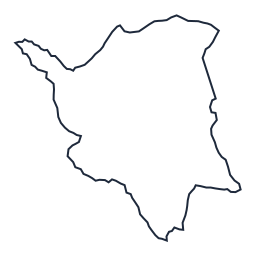 outline of Almirante Tamandaré, Paraná, Brazil
{"feature_id": "56859067B17668473483044", "entity_name": "Almirante Tamandaré", "entity_type": "district", "adm_level": 2, "iso_a3": "BRA", "parent_name": "Brazil", "parent_adm1": "Paraná", "projection": "equal_earth", "projection_center": [-49.335, -25.305], "detail": "fine", "context": "isolated", "style": "outline", "palette": "slate", "viewbox_px": 256, "rotation_deg": 0, "n_neighbors": 0, "source": "geoboundaries", "source_scale": "gbopen_adm2", "svg_char_len": 1866}
<svg xmlns="http://www.w3.org/2000/svg" viewBox="0 0 256 256"><path d="M218.8,30.7L214.5,27.5L211.0,24.8L207.5,23.5L203.4,22.7L198.2,21.2L188.1,20.9L181.0,17.4L176.6,15.4L171.2,17.4L166.7,20.1L162.1,20.7L158.2,20.9L154.4,21.3L149.5,24.2L142.8,28.8L138.9,31.4L129.8,32.5L124.5,31.3L120.0,25.4L117.1,26.6L112.2,31.9L107.9,38.4L104.6,43.3L103.0,46.7L100.2,50.1L95.2,54.2L91.7,58.4L87.9,61.9L84.7,64.8L79.9,66.5L75.2,67.7L73.2,70.7L70.2,69.2L66.8,68.9L63.8,66.0L60.3,61.5L55.2,56.0L51.3,56.0L47.2,49.9L44.2,50.3L40.9,48.8L38.6,45.9L34.1,44.4L31.7,41.5L28.6,41.5L24.7,39.4L22.3,41.9L18.8,41.8L15.4,42.9L21.8,49.2L22.9,53.4L26.7,54.2L29.9,58.9L31.6,64.9L35.1,66.7L37.8,69.6L41.4,70.6L46.8,72.3L46.2,77.9L50.6,81.2L53.6,83.8L54.0,89.4L53.7,94.8L53.6,99.6L57.3,108.0L58.3,117.0L60.9,122.9L64.9,127.6L69.1,131.2L73.4,132.9L76.7,135.0L80.9,136.0L78.9,142.0L75.5,143.9L72.5,145.4L68.5,149.2L67.6,156.2L73.2,162.1L75.3,167.2L80.8,169.2L83.5,173.9L88.3,175.9L92.1,178.1L95.6,180.7L99.5,179.8L105.0,180.1L108.6,182.3L112.0,179.4L115.8,180.7L120.8,183.6L124.6,185.1L126.5,192.6L130.7,194.1L132.2,197.9L135.1,202.2L138.4,207.2L140.1,214.3L143.5,218.2L147.5,222.4L148.9,226.4L151.5,230.1L155.3,235.1L158.6,238.2L162.0,238.8L166.8,240.6L166.5,236.4L169.0,231.8L171.9,231.0L174.4,227.5L179.5,229.4L183.2,229.8L182.6,222.8L185.4,215.4L186.6,210.1L187.2,206.1L187.8,200.1L189.2,194.1L191.5,191.4L194.1,188.6L195.7,185.3L200.5,186.1L206.2,187.5L210.5,187.5L215.2,188.4L219.9,189.1L224.2,189.6L227.3,189.1L230.8,191.9L235.5,192.1L240.6,189.5L239.1,183.8L234.5,180.5L230.1,174.9L228.0,166.7L225.7,159.8L221.7,156.9L218.7,152.7L216.4,147.6L214.9,142.3L211.5,134.7L211.1,128.8L212.6,125.5L216.8,120.0L215.5,112.9L211.5,112.3L210.0,107.0L212.2,100.3L215.7,98.6L202.6,57.9L204.4,53.3L205.7,49.2L209.3,46.8L212.9,41.9L215.2,37.3L218.8,30.7Z" fill="none" stroke="#1e293b" stroke-width="2"/></svg>